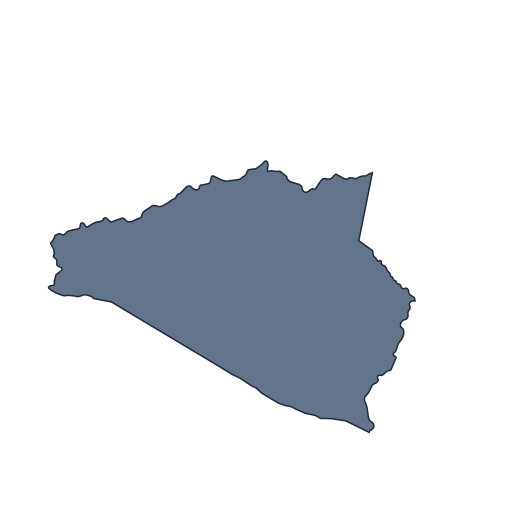 outline of San Marcos de Sierra, Intibucá, Honduras, rotated 209°
{"feature_id": "27666195B33277731304286", "entity_name": "San Marcos de Sierra", "entity_type": "district", "adm_level": 2, "iso_a3": "HND", "parent_name": "Honduras", "parent_adm1": "Intibucá", "projection": "mercator", "projection_center": [-88.248, 14.123], "detail": "fine", "context": "isolated", "style": "filled", "palette": "slate", "viewbox_px": 512, "rotation_deg": 209, "n_neighbors": 0, "source": "geoboundaries", "source_scale": "gbopen_adm2", "svg_char_len": 6054}
<svg xmlns="http://www.w3.org/2000/svg" viewBox="0 0 512 512"><g transform="rotate(209 256 256)"><path d="M421.9,127.4L421.3,127.4L420.1,127.0L418.4,126.7L413.0,126.7L408.6,127.3L405.2,128.0L404.2,128.4L403.2,129.0L402.3,129.9L400.0,131.1L396.0,132.8L392.1,134.1L390.5,135.5L388.1,138.2L387.3,138.9L386.2,139.4L384.4,140.0L381.7,140.6L379.2,140.9L378.6,140.8L377.6,140.0L360.2,145.7L238.8,141.7L218.6,140.9L210.2,141.4L197.5,140.3L191.5,140.6L184.6,138.8L165.5,138.2L158.6,139.2L152.4,141.2L146.9,141.4L136.8,142.3L129.5,144.5L126.3,145.3L120.6,145.3L111.5,150.2L97.6,155.3L71.5,156.6L71.8,157.5L71.8,158.3L71.4,159.3L70.7,160.1L70.3,161.2L70.1,162.3L70.1,163.2L70.2,163.8L70.4,164.4L70.8,165.0L71.6,165.8L72.6,166.5L73.7,166.8L75.3,166.9L76.2,167.1L77.4,167.6L78.4,168.3L80.5,170.7L83.7,175.0L85.8,177.7L88.0,179.8L90.7,181.9L91.3,182.5L92.0,183.6L92.4,184.8L92.4,186.2L91.6,189.3L91.3,191.8L91.4,194.4L91.7,198.2L91.6,199.5L91.4,200.3L91.0,201.1L89.7,202.7L89.3,203.5L88.9,204.5L88.8,205.6L88.8,206.4L89.3,207.2L89.7,207.7L90.7,208.3L91.1,208.7L91.3,209.4L91.2,210.0L90.9,210.8L90.4,211.4L89.8,211.8L88.4,212.5L87.5,213.4L87.0,214.6L86.2,217.2L85.7,218.4L84.7,219.8L83.2,221.1L82.9,221.6L82.8,222.2L84.2,234.9L84.6,235.4L85.2,235.7L85.8,235.8L86.7,235.6L87.4,235.7L88.0,236.2L88.3,236.9L88.3,238.2L87.8,240.0L87.8,241.2L88.0,243.1L88.7,246.0L89.0,247.9L88.9,250.0L88.4,252.9L88.3,254.6L88.4,256.7L88.8,258.6L89.2,259.7L89.8,260.9L91.2,262.8L91.7,263.3L92.4,263.6L93.1,263.8L94.4,264.0L95.3,264.4L95.8,264.9L96.2,265.6L96.5,266.3L96.7,267.2L96.8,269.2L96.5,270.5L95.8,271.7L94.5,272.9L94.0,273.5L93.6,274.5L93.6,275.6L93.7,276.5L94.0,277.3L95.3,279.2L95.8,280.4L96.0,281.6L95.8,284.0L96.0,285.1L96.6,286.2L97.8,287.2L98.3,287.8L98.7,288.7L98.8,289.7L98.5,291.0L98.2,291.6L97.7,292.2L96.4,293.2L95.1,293.8L96.5,295.5L97.2,296.0L97.9,296.3L99.3,296.6L100.9,296.6L102.0,296.7L103.0,296.9L103.8,297.3L104.9,298.2L105.7,299.5L106.2,300.0L106.8,300.4L107.5,300.7L108.3,300.8L109.2,300.6L109.8,300.2L110.5,299.4L111.0,299.0L111.8,298.7L112.5,298.6L113.1,298.8L113.8,299.1L114.4,299.5L115.2,300.3L116.0,300.8L117.2,300.8L118.6,300.4L119.3,300.4L120.0,300.6L121.0,301.5L121.7,301.9L122.3,301.9L123.4,301.7L124.1,301.8L124.7,302.1L125.5,303.0L126.1,303.4L126.8,303.6L128.2,303.7L128.9,304.0L129.5,304.5L130.2,305.4L130.9,305.9L131.6,306.2L133.1,306.5L134.2,307.0L134.9,307.5L136.2,308.6L137.3,309.3L138.5,309.6L140.9,309.4L142.3,309.9L143.0,310.4L143.7,311.7L144.3,312.2L144.8,312.3L145.3,312.1L145.7,311.8L145.9,311.1L146.1,310.9L146.4,310.7L146.8,310.6L147.7,310.9L149.5,311.9L152.9,313.0L153.5,313.3L156.7,317.2L173.5,319.2L194.6,385.3L196.9,382.6L197.9,380.6L198.5,379.6L199.4,378.8L201.2,377.8L202.4,376.9L204.7,374.2L205.4,372.8L205.7,372.4L206.2,372.2L212.1,369.9L212.5,369.4L212.7,368.6L212.9,368.2L213.1,367.8L213.6,367.5L215.0,366.8L216.5,366.4L225.0,366.4L225.5,366.3L225.9,366.0L226.4,365.1L227.2,361.9L227.7,360.3L228.1,359.6L229.0,358.9L230.4,358.1L231.3,357.8L232.6,357.5L233.3,357.1L234.4,356.3L235.0,355.5L235.4,354.6L235.9,352.3L236.6,343.2L236.8,342.9L237.2,342.6L238.0,342.4L239.0,342.4L239.3,342.1L240.4,340.6L241.4,338.2L242.2,336.9L242.8,336.2L243.6,335.7L244.3,335.5L245.0,335.5L245.7,335.6L246.6,336.0L247.6,336.5L248.2,337.0L248.7,337.6L249.2,338.4L249.7,338.9L250.3,339.2L251.2,339.4L252.1,339.5L253.1,339.5L260.9,337.8L262.0,337.6L262.5,337.6L264.8,338.1L266.2,338.7L267.0,339.2L267.7,340.4L268.1,340.4L274.5,341.5L275.8,341.6L276.3,341.6L276.9,341.3L280.5,339.1L282.2,338.7L283.9,338.0L284.5,337.6L285.7,336.5L286.4,335.8L286.7,335.6L287.0,335.8L287.8,337.1L288.3,338.1L289.3,340.7L289.9,341.8L290.5,342.7L291.1,343.3L291.9,343.8L292.7,344.0L293.4,343.9L294.0,343.4L294.4,342.6L294.8,341.4L295.3,339.1L295.8,337.8L297.0,335.0L298.4,332.4L298.9,331.9L304.2,328.0L304.5,327.7L304.7,327.0L304.7,326.0L304.6,325.2L304.2,323.7L304.4,321.8L304.8,320.6L306.4,317.7L307.1,315.7L307.5,315.1L309.3,313.6L314.8,309.6L317.0,307.9L317.8,307.3L319.1,306.8L321.0,306.2L322.7,305.8L324.6,305.7L327.6,305.6L332.3,305.2L333.0,304.9L333.3,304.4L333.4,303.8L333.1,302.6L332.4,300.5L332.1,299.1L332.0,297.9L332.2,297.0L332.5,296.4L334.1,295.0L337.2,292.3L338.3,291.6L338.7,291.2L338.9,290.5L339.1,289.7L339.0,289.2L338.7,288.2L338.6,287.4L338.9,286.3L339.3,285.6L339.8,285.1L340.7,284.7L341.5,284.6L343.2,284.4L344.8,284.6L347.0,285.2L347.5,285.2L348.7,284.7L349.7,283.8L350.2,282.8L350.7,281.3L352.7,273.9L353.0,273.3L353.9,272.6L354.2,272.0L354.4,271.2L354.6,269.7L354.5,267.9L354.8,267.0L356.6,264.6L359.5,258.7L361.5,255.4L363.0,253.4L363.6,252.8L364.6,252.3L365.6,251.9L367.6,251.5L369.2,250.9L370.6,250.3L371.1,249.7L372.7,246.3L374.8,242.4L375.4,241.1L375.8,239.9L375.9,239.0L375.9,237.9L375.3,234.6L375.3,233.7L376.8,232.0L379.1,229.1L380.3,227.2L380.9,226.4L382.8,224.8L383.8,224.1L384.5,223.9L385.6,223.8L386.5,223.8L387.1,224.0L388.2,224.4L389.1,224.6L390.5,224.6L391.0,224.4L391.9,223.7L393.1,222.5L398.3,216.4L398.9,215.8L399.5,215.5L400.0,215.4L400.6,215.5L405.0,216.6L405.9,216.6L406.4,216.5L406.9,215.7L407.4,214.8L407.5,214.0L407.3,213.0L407.6,212.3L408.3,211.4L409.6,210.1L412.2,208.0L413.1,207.0L414.6,204.8L416.5,201.4L417.6,199.7L418.1,199.4L418.7,199.3L420.5,200.0L422.3,200.9L422.8,201.1L423.6,200.9L424.3,200.4L424.8,199.9L425.0,199.4L423.9,195.3L424.0,194.6L424.4,193.9L431.5,187.6L432.4,186.6L432.9,185.7L433.3,184.1L433.9,182.1L434.3,181.4L434.8,181.0L435.4,180.8L436.6,180.5L438.1,180.5L439.0,180.1L439.6,179.6L441.2,177.2L441.7,176.8L441.1,172.4L441.4,169.4L441.9,167.9L441.7,167.4L436.4,163.9L434.6,161.7L433.5,160.0L433.3,159.6L433.4,159.0L433.3,158.2L432.9,157.3L432.2,156.9L429.4,156.3L428.6,156.0L427.8,155.1L427.0,153.7L426.2,152.1L425.8,151.7L425.1,151.3L424.2,151.1L420.5,151.5L419.8,151.0L419.3,150.2L419.1,149.4L419.3,148.4L421.4,143.8L421.7,142.9L421.7,142.3L421.4,140.7L420.5,137.9L420.2,136.2L420.0,135.7L419.3,135.0L419.0,134.3L418.7,133.5L418.6,132.7L418.7,132.4L419.1,132.0L420.7,130.9L421.8,129.7L422.1,129.1L422.3,128.6L422.2,128.0L421.9,127.4Z" fill="#64748b" stroke="#1e293b" stroke-width="1.5"/></g></svg>